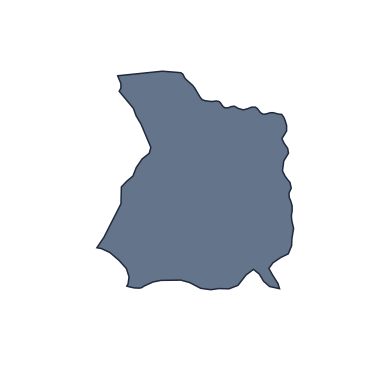 an SVG outline of Séno, rotated 304°
{"feature_id": "BFA-2876", "entity_name": "Séno", "entity_type": "Province", "adm_level": 1, "iso_a3": "BFA", "parent_name": "Burkina Faso", "parent_adm1": "", "projection": "equal_earth", "projection_center": [0.057, 13.966], "detail": "fine", "context": "isolated", "style": "filled", "palette": "slate", "viewbox_px": 384, "rotation_deg": 304, "n_neighbors": 0, "source": "natural_earth", "source_scale": "10m", "svg_char_len": 1505}
<svg xmlns="http://www.w3.org/2000/svg" viewBox="0 0 384 384"><g transform="rotate(304 192 192)"><path d="M246.8,65.4L275.6,99.9L284.1,115.0L284.7,116.5L284.5,118.7L282.6,121.9L281.9,124.4L280.8,132.7L279.8,135.9L275.1,145.7L274.2,148.9L275.1,152.0L277.6,157.0L278.9,158.8L280.1,160.1L281.2,161.5L282.1,163.8L281.9,165.5L280.2,169.9L280.2,172.2L282.1,175.0L284.7,176.7L286.8,179.1L287.2,183.8L288.8,188.6L292.1,191.5L295.6,193.9L297.8,197.1L297.7,199.5L296.1,204.3L296.2,207.2L297.4,209.1L301.6,212.7L303.2,215.0L304.9,220.0L306.5,223.0L306.4,223.1L305.3,226.2L303.5,229.0L300.1,233.2L295.5,236.3L286.5,236.7L284.0,240.9L281.6,247.0L278.1,250.3L269.1,250.7L260.1,255.2L257.2,260.2L255.8,264.1L254.7,267.9L250.7,272.1L245.4,273.0L241.9,275.6L239.5,279.2L236.6,282.7L232.2,285.7L229.6,286.8L227.6,287.9L224.2,290.6L218.6,296.6L209.0,301.0L203.2,304.6L194.6,306.4L187.3,302.2L178.6,298.7L171.7,298.4L168.4,304.8L164.2,314.4L160.8,318.6L157.0,309.1L158.1,301.1L161.6,293.7L162.2,286.2L153.5,283.2L140.3,282.3L132.4,276.8L126.9,268.2L121.5,262.2L117.0,253.1L115.6,240.7L112.7,232.0L101.3,215.6L95.6,210.0L87.8,205.2L84.3,203.6L82.8,202.0L80.2,197.8L78.3,193.0L77.5,190.6L80.0,190.4L86.4,187.3L91.8,180.5L94.5,169.9L95.9,157.9L94.4,148.4L92.6,144.3L105.3,144.3L142.5,139.7L156.7,130.6L164.5,131.9L172.2,134.1L181.3,132.1L191.6,132.2L200.2,134.9L206.0,132.9L219.8,111.8L223.9,103.1L228.6,96.6L234.8,75.3L238.3,75.0L242.2,72.4L246.7,65.5L246.8,65.4Z" fill="#64748b" stroke="#1e293b" stroke-width="1.5"/></g></svg>